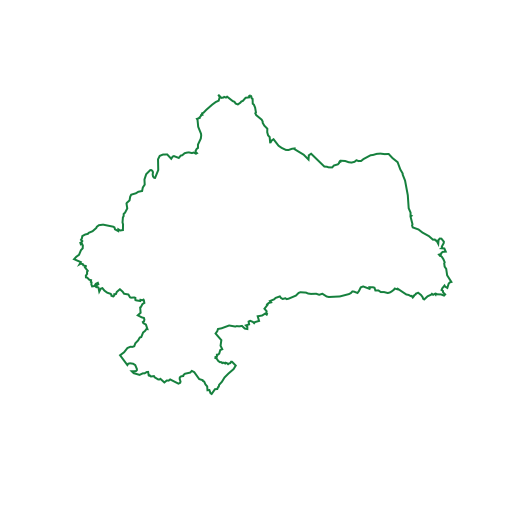 outline of Copalnic-Manastur, Maramures, Romania, rotated 51°
{"feature_id": "2599482B86990390318638", "entity_name": "Copalnic-Manastur", "entity_type": "district", "adm_level": 2, "iso_a3": "ROU", "parent_name": "Romania", "parent_adm1": "Maramures", "projection": "equal_earth", "projection_center": [23.692, 47.516], "detail": "fine", "context": "isolated", "style": "outline", "palette": "green", "viewbox_px": 512, "rotation_deg": 51, "n_neighbors": 0, "source": "geoboundaries", "source_scale": "gbopen_adm2", "svg_char_len": 6154}
<svg xmlns="http://www.w3.org/2000/svg" viewBox="0 0 512 512"><g transform="rotate(51 256 256)"><path d="M267.4,425.1L270.1,424.8L275.1,421.3L276.0,417.7L277.1,416.4L277.4,414.0L278.2,412.8L281.2,414.5L281.8,414.4L281.9,413.7L283.5,413.5L285.1,410.9L286.5,411.1L290.4,409.7L291.2,408.7L291.3,407.6L296.6,406.8L296.6,403.7L297.9,402.3L297.9,400.4L306.4,396.6L306.8,394.7L306.1,393.7L303.5,392.7L302.4,391.6L302.4,389.9L303.5,388.1L302.8,387.0L302.8,385.3L305.2,380.5L304.9,378.2L307.4,377.1L315.9,377.6L318.9,375.6L319.6,375.9L321.0,375.3L324.0,376.1L326.6,376.0L329.8,378.2L330.8,376.6L334.1,377.7L335.3,377.3L333.7,371.7L335.0,369.8L334.0,367.9L334.1,367.2L332.9,365.7L332.3,361.7L330.6,356.9L330.0,351.3L329.8,344.6L328.4,340.7L323.1,341.2L322.5,341.9L323.1,343.4L322.5,344.7L322.5,345.8L320.8,346.1L319.7,346.9L320.1,347.6L318.1,348.7L318.0,349.6L316.5,349.9L315.7,350.9L313.7,351.4L310.6,351.1L309.8,351.8L309.0,351.1L309.6,349.7L308.1,348.5L308.8,347.4L308.7,346.0L306.6,343.0L307.2,340.9L303.4,340.0L299.6,335.9L290.8,336.2L290.0,333.3L288.8,331.5L290.5,328.3L293.1,320.6L297.8,316.5L298.3,315.2L300.2,313.2L301.5,310.9L305.3,310.4L307.3,308.7L305.6,307.3L303.6,307.5L304.8,304.4L302.3,303.0L302.7,301.3L305.3,299.9L307.0,299.7L306.7,298.4L308.4,294.5L303.9,292.6L306.1,288.7L306.5,285.2L308.3,284.6L307.9,283.8L306.9,283.9L305.6,282.5L302.3,282.6L301.2,277.8L300.6,277.9L300.5,277.4L300.5,275.7L301.5,273.5L299.8,273.5L301.1,269.1L300.9,267.2L302.4,262.9L304.3,263.0L306.2,262.3L307.3,259.8L308.8,259.3L309.7,257.5L311.9,249.9L311.5,246.1L312.1,244.3L315.9,240.2L318.0,239.1L320.1,237.1L323.2,233.0L325.9,231.3L327.1,228.2L331.9,226.6L333.7,225.2L340.2,216.3L344.1,207.7L344.5,205.6L344.2,203.4L345.3,202.3L348.6,200.4L348.0,198.0L346.3,194.3L347.1,191.9L353.0,188.4L352.6,187.7L351.7,187.4L354.0,184.7L355.2,183.9L357.9,184.9L359.9,182.5L362.6,181.7L364.6,179.2L367.7,176.9L368.6,174.9L368.9,173.0L369.0,170.1L368.6,168.7L371.2,166.8L370.9,166.4L380.5,163.4L382.3,161.9L384.5,161.0L384.9,160.2L386.9,160.3L386.6,158.6L386.1,158.3L386.3,156.1L385.9,155.5L386.6,153.1L390.2,152.3L392.7,152.4L394.5,153.0L395.6,152.6L395.3,148.0L396.3,144.1L396.1,143.1L397.6,142.8L398.0,140.7L399.2,140.7L398.7,139.8L399.9,139.2L402.3,136.4L405.1,134.8L404.9,133.2L402.1,133.5L400.7,132.7L399.2,133.2L398.3,131.5L397.6,128.1L398.7,128.3L401.2,127.4L398.7,123.6L398.5,122.0L399.1,120.5L391.3,119.6L385.7,116.3L383.0,116.1L380.2,114.4L379.6,113.3L376.5,112.4L373.7,112.1L372.5,112.2L371.8,112.9L370.1,112.9L370.9,110.9L370.3,109.9L370.3,108.3L372.0,105.8L368.7,104.9L366.7,107.0L366.7,106.0L365.6,105.6L364.1,102.0L363.1,101.0L359.2,101.0L358.1,102.2L358.4,104.0L361.2,106.7L357.6,106.0L357.2,106.6L355.7,106.7L354.7,108.2L349.4,109.1L342.5,111.9L337.7,113.0L332.4,116.2L330.5,115.5L329.8,114.4L322.6,111.1L322.6,109.9L321.6,110.3L319.6,108.6L315.0,107.3L304.3,99.8L291.2,92.7L285.1,90.8L284.2,90.1L279.6,89.4L272.2,86.9L265.8,88.3L260.2,88.7L257.8,91.9L254.7,94.9L252.6,97.9L251.2,101.3L249.8,103.6L248.3,111.5L248.3,114.5L246.7,116.6L244.8,117.7L244.8,120.2L243.5,123.0L241.4,125.0L238.3,126.9L235.1,130.4L235.1,130.9L235.9,131.2L235.5,132.4L236.1,133.0L236.3,134.7L234.7,138.5L235.1,141.0L232.8,143.8L231.3,144.7L229.5,146.6L211.2,148.8L211.0,151.6L214.1,154.5L207.3,155.2L197.3,158.8L196.7,158.3L195.3,160.6L194.1,164.0L192.4,166.0L188.2,168.0L184.5,169.1L176.3,168.9L176.1,171.0L176.9,173.1L176.6,173.5L172.1,170.5L169.9,170.7L166.9,169.4L164.2,167.1L159.9,167.5L156.7,167.0L155.7,166.2L153.6,165.8L146.6,167.2L144.6,166.7L144.4,165.7L140.1,163.3L137.0,162.4L135.6,162.7L131.8,159.8L130.8,160.1L128.8,159.2L128.1,160.2L127.5,160.0L127.4,160.7L128.4,161.5L126.5,164.5L127.2,168.7L126.7,170.1L127.0,171.6L126.8,174.7L124.7,175.9L122.6,175.7L121.0,176.6L114.0,178.2L114.0,179.6L112.3,180.6L112.4,181.5L111.3,183.4L106.9,183.8L109.7,184.2L111.8,187.3L111.0,190.3L110.8,194.7L111.1,202.5L111.6,206.6L111.2,208.2L112.6,208.8L111.9,210.1L112.6,211.0L112.8,212.9L113.2,213.0L112.3,215.6L113.3,215.7L119.2,219.6L126.4,221.8L127.9,222.8L130.0,225.0L132.9,231.0L135.5,233.1L135.4,234.6L136.3,236.8L137.3,237.4L138.9,237.2L138.7,238.3L136.4,239.3L135.7,241.0L133.2,243.0L132.2,244.6L131.2,246.8L131.3,249.9L130.6,251.3L131.2,254.3L126.7,256.9L126.3,258.2L127.1,260.7L121.2,261.1L118.6,264.5L117.6,267.8L119.2,271.3L127.7,277.9L131.8,285.3L131.2,285.9L129.5,286.0L127.6,285.0L126.0,283.3L124.6,283.0L123.5,283.2L122.7,284.1L123.3,289.8L126.3,294.5L130.5,297.6L131.5,300.8L133.8,303.6L132.0,307.1L131.7,309.8L129.8,314.4L130.7,316.4L133.2,319.3L133.4,322.9L133.7,323.6L138.0,326.1L139.9,330.5L140.0,332.3L141.8,333.9L142.2,335.1L145.9,338.6L147.7,339.4L152.1,343.1L150.7,345.5L148.6,346.2L149.9,347.4L146.5,348.8L144.7,348.0L143.4,348.5L135.4,355.1L133.2,358.7L133.1,361.3L133.7,362.5L133.9,367.4L132.7,371.5L133.0,372.7L131.8,375.2L131.2,378.4L132.8,380.3L133.3,381.8L135.1,381.6L135.5,382.6L135.2,384.2L136.8,384.8L137.3,383.6L138.9,384.0L141.0,385.9L141.3,388.3L143.7,392.8L143.5,396.2L144.0,399.4L150.5,396.0L151.4,398.3L151.6,397.1L153.3,395.7L154.6,396.1L157.3,394.1L156.9,394.9L157.2,396.1L161.7,396.1L162.0,397.3L163.6,398.5L164.2,400.6L165.6,401.6L166.6,400.8L169.6,400.5L171.0,399.4L172.2,400.7L173.0,400.4L174.4,401.8L176.5,402.5L178.0,399.9L177.4,399.7L176.8,398.0L177.3,395.8L178.7,396.3L178.2,399.9L179.8,399.7L180.5,398.7L181.4,398.3L185.0,400.2L183.7,397.3L184.3,395.6L187.5,395.6L190.9,394.7L193.9,392.8L194.9,392.7L195.9,393.4L197.6,392.4L197.5,391.0L196.5,390.2L197.4,388.7L196.3,386.8L196.2,382.7L199.8,382.1L202.3,382.3L205.6,379.4L208.8,379.9L209.8,379.3L211.6,376.7L212.6,376.1L214.2,377.4L215.0,377.1L218.1,374.3L217.3,373.4L218.8,372.2L219.1,370.9L219.8,371.0L222.2,372.3L221.9,374.5L223.2,377.5L223.1,378.4L227.5,381.4L227.7,385.2L231.8,383.4L233.6,382.1L235.1,382.7L236.2,384.0L236.1,385.5L237.3,385.8L240.0,384.7L244.5,386.4L243.8,387.1L244.4,389.4L244.4,391.9L246.8,396.2L246.2,397.6L247.4,400.7L247.9,404.7L249.5,407.4L248.9,409.2L247.5,410.7L246.6,413.8L247.8,419.1L247.6,424.1L259.8,424.6L259.3,423.0L260.2,421.3L262.4,419.3L264.8,418.5L268.9,419.7L269.8,420.5L269.9,421.9L267.4,425.1Z" fill="none" stroke="#15803d" stroke-width="2"/></g></svg>